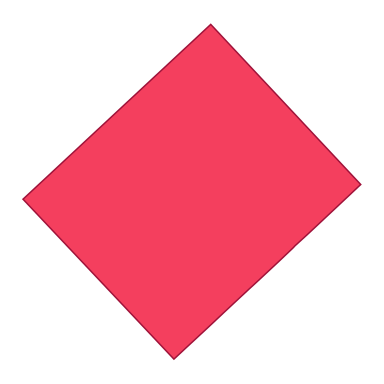 the district of Greeley, Kansas, United States of America, rotated 227°
{"feature_id": "52423323B71873667650534", "entity_name": "Greeley", "entity_type": "district", "adm_level": 2, "iso_a3": "USA", "parent_name": "United States of America", "parent_adm1": "Kansas", "projection": "mercator", "projection_center": [-102.007, 38.481], "detail": "fine", "context": "isolated", "style": "filled", "palette": "rose", "viewbox_px": 384, "rotation_deg": 227, "n_neighbors": 0, "source": "geoboundaries", "source_scale": "gbopen_adm2", "svg_char_len": 419}
<svg xmlns="http://www.w3.org/2000/svg" viewBox="0 0 384 384"><g transform="rotate(227 192 192)"><path d="M82.0,113.3L82.1,133.1L82.1,146.5L82.1,155.3L82.1,167.1L82.0,177.8L82.0,208.3L82.2,228.2L82.4,230.5L82.2,248.9L82.3,291.2L82.4,316.7L82.4,320.5L301.8,320.0L302.0,63.5L82.1,64.8L82.1,70.1L82.1,71.2L82.1,77.9L82.1,78.1L82.1,81.2L82.0,113.3L82.0,113.3Z" fill="#f43f5e" stroke="#9f1239" stroke-width="1.5"/></g></svg>